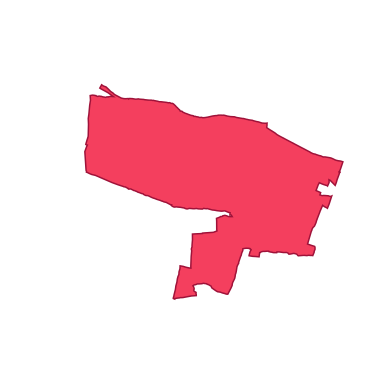 the district of Iana, Vaslui, Romania, rotated 300°
{"feature_id": "2599482B62853104405346", "entity_name": "Iana", "entity_type": "district", "adm_level": 2, "iso_a3": "ROU", "parent_name": "Romania", "parent_adm1": "Vaslui", "projection": "albers", "projection_center": [27.554, 46.405], "detail": "fine", "context": "isolated", "style": "filled", "palette": "rose", "viewbox_px": 384, "rotation_deg": 300, "n_neighbors": 0, "source": "geoboundaries", "source_scale": "gbopen_adm2", "svg_char_len": 6024}
<svg xmlns="http://www.w3.org/2000/svg" viewBox="0 0 384 384"><g transform="rotate(300 192 192)"><path d="M289.2,222.6L288.8,222.0L288.1,221.0L286.7,218.1L286.0,214.7L285.2,212.4L284.4,209.4L284.3,208.5L282.9,205.1L282.5,203.6L282.2,202.9L281.4,199.9L280.9,198.9L278.8,193.3L278.4,191.3L276.5,187.5L275.4,184.6L274.8,182.2L274.4,181.0L273.9,180.3L272.7,178.0L271.7,176.4L270.4,175.0L269.9,174.1L267.9,171.6L264.8,168.3L263.0,166.1L262.1,164.8L261.7,164.1L261.4,162.9L260.3,161.3L260.2,160.8L260.1,159.9L259.4,158.2L259.1,156.8L258.4,155.9L258.7,155.3L258.5,154.4L257.9,152.8L257.4,150.1L257.2,148.6L256.8,146.7L256.6,144.0L256.9,143.3L256.8,143.0L256.7,142.3L256.2,141.4L257.0,140.0L257.0,139.3L257.7,137.1L257.9,135.9L258.4,134.6L259.0,131.9L259.0,131.3L259.0,130.9L258.8,130.4L258.2,129.4L258.3,128.2L258.1,127.8L257.5,127.1L256.9,125.2L254.6,119.9L253.9,118.7L253.4,116.8L252.2,113.4L252.2,113.0L251.6,112.1L251.2,110.8L250.7,110.0L249.8,108.3L248.2,104.7L248.1,104.1L246.2,100.2L245.9,99.2L245.7,98.8L245.2,98.2L244.2,96.8L243.1,93.8L241.8,91.2L241.5,90.9L240.9,90.7L241.1,90.4L241.1,90.1L239.6,87.9L238.8,86.3L238.0,83.9L237.7,76.8L237.8,75.6L238.2,74.2L238.4,71.2L239.2,68.4L240.0,65.0L239.5,62.2L239.7,60.1L235.9,60.2L235.8,61.7L235.9,64.9L236.0,69.6L235.3,76.2L234.1,73.8L232.8,72.2L232.3,71.9L232.2,71.4L231.6,70.5L231.3,70.3L230.8,69.9L230.6,69.5L230.4,68.7L229.8,67.2L229.5,65.6L229.1,65.0L229.0,64.4L228.5,63.4L227.8,62.8L227.6,62.5L227.3,61.3L227.5,60.5L227.1,60.0L226.9,59.0L226.1,57.3L224.6,55.6L220.7,58.2L215.8,60.1L207.6,63.9L206.5,64.3L203.8,65.4L198.9,68.5L189.0,73.9L187.9,74.4L186.3,74.7L185.9,74.9L185.4,74.9L180.1,76.2L180.0,76.8L180.2,77.5L180.3,77.9L178.3,78.1L173.4,79.0L157.7,89.5L157.3,90.2L156.4,90.6L156.6,91.8L156.7,93.8L157.0,96.3L158.1,100.0L160.2,118.1L161.3,124.4L162.4,129.6L162.5,130.6L162.8,131.2L163.1,131.9L163.0,132.7L163.2,133.2L163.0,134.1L163.2,134.9L162.9,135.1L162.8,135.3L162.8,135.6L164.0,137.4L164.1,138.9L164.2,139.4L164.1,140.5L164.5,141.6L164.6,142.7L164.8,143.9L164.8,145.5L165.1,146.3L165.5,149.2L166.0,150.4L165.7,151.2L165.8,153.4L166.0,154.0L166.8,155.6L166.9,156.1L167.1,159.4L167.4,161.7L167.6,162.2L167.7,163.0L168.0,164.1L168.0,164.4L167.9,164.5L168.8,168.5L169.1,170.8L169.3,171.0L169.4,172.6L170.2,175.2L170.1,175.5L170.3,179.9L170.5,180.3L170.2,180.2L169.8,182.0L169.9,183.6L170.3,184.6L171.3,185.8L171.6,186.7L173.0,189.7L174.1,192.8L174.3,193.1L174.3,194.4L174.8,196.1L175.1,196.5L176.4,197.8L176.7,198.3L178.2,201.6L178.9,202.7L179.9,204.0L180.6,206.0L182.4,209.5L182.7,209.8L183.5,210.2L183.8,210.5L183.9,211.1L184.7,212.9L185.2,213.3L186.6,218.6L187.5,220.6L188.3,222.9L189.9,226.6L190.3,227.4L191.8,229.4L192.1,229.9L192.6,233.7L192.8,234.5L193.1,235.4L191.1,236.3L191.7,237.5L190.8,239.1L190.5,238.5L190.2,238.3L189.1,236.1L188.8,235.2L188.8,234.2L188.4,232.6L188.0,231.8L187.4,231.3L186.9,230.6L186.4,230.6L185.8,230.2L184.9,228.9L184.1,228.6L181.4,226.4L179.3,227.8L171.8,232.2L170.8,233.1L169.9,232.4L167.8,230.7L161.8,221.8L161.6,221.6L161.3,221.8L160.6,220.8L157.2,215.5L155.8,213.4L150.7,216.4L149.6,216.9L146.0,218.6L144.6,219.4L142.4,219.9L141.7,220.4L141.0,221.1L135.8,223.5L126.9,228.2L125.5,229.1L124.9,227.8L123.8,224.3L123.2,221.6L122.1,218.6L119.6,219.9L116.3,220.7L114.2,221.8L113.1,222.0L111.9,222.1L109.3,222.8L106.4,224.0L102.6,225.0L99.2,226.4L93.9,227.9L92.3,228.5L91.8,228.5L90.5,228.9L90.4,229.1L90.6,230.6L91.2,230.4L91.4,230.8L92.0,231.4L92.8,232.4L94.2,234.3L95.0,235.1L95.3,235.8L96.1,237.0L97.6,238.7L101.6,243.4L104.4,247.5L105.4,246.9L106.2,246.1L106.7,246.0L107.1,245.7L107.1,244.3L107.2,243.3L108.0,242.5L109.0,242.4L109.7,241.9L110.7,240.8L111.2,239.7L112.6,240.3L113.6,241.5L115.1,242.6L116.1,244.3L117.5,246.4L118.7,247.6L119.2,249.1L119.9,250.6L119.6,251.3L120.0,252.3L120.0,255.6L118.9,257.0L118.6,259.7L118.4,262.4L118.4,264.0L119.4,266.5L119.8,268.9L120.4,271.0L120.7,272.7L121.4,274.1L128.2,273.8L131.0,273.5L131.9,273.2L132.3,272.9L134.0,272.5L138.4,272.2L140.1,271.7L142.2,270.8L143.9,270.5L145.7,269.9L149.8,268.3L152.3,268.0L153.4,268.1L154.2,267.7L154.7,267.5L160.1,266.4L162.1,266.2L163.1,265.8L164.5,265.5L166.6,265.3L167.8,264.7L168.2,264.4L168.5,264.6L170.4,267.0L171.8,269.7L171.9,270.1L171.6,270.0L171.7,271.9L171.6,272.1L169.6,272.1L165.6,273.1L165.3,273.3L166.6,276.7L168.1,279.7L168.6,280.8L169.4,282.5L173.3,280.9L173.6,281.4L174.9,281.9L176.2,283.4L176.9,284.7L178.2,286.5L179.1,288.1L178.8,288.4L179.0,288.9L179.1,289.6L179.8,291.3L180.0,292.2L180.3,293.0L181.8,295.7L182.5,295.5L183.3,296.8L184.0,298.2L185.3,301.5L187.0,304.3L187.1,305.8L186.6,306.8L186.8,307.3L187.6,308.4L189.4,310.4L189.8,311.0L190.4,313.1L190.5,314.0L189.9,315.5L189.9,315.9L190.0,316.1L192.5,319.7L193.3,321.0L194.4,323.4L195.2,324.2L195.9,325.3L196.0,325.8L197.0,327.6L197.3,328.4L200.9,327.9L201.7,327.5L203.9,327.2L205.7,326.1L206.2,325.4L205.5,322.2L204.7,318.1L217.9,314.9L218.3,315.0L219.8,314.6L221.5,314.5L223.7,315.1L225.8,314.9L227.5,314.7L230.1,314.0L230.5,314.1L230.9,313.9L238.6,312.7L238.8,312.6L245.8,311.8L245.5,314.1L245.7,316.5L245.6,317.4L250.0,316.8L258.4,315.0L257.7,314.5L257.4,314.0L257.1,313.3L256.9,312.0L255.7,309.5L254.7,307.5L254.3,307.1L253.9,306.4L253.4,304.2L255.8,303.7L255.6,301.6L255.3,298.7L260.1,297.9L261.2,297.7L263.3,297.7L263.7,297.6L263.9,299.9L264.3,302.4L265.1,306.1L265.0,306.4L268.7,306.0L270.1,305.2L271.1,304.5L271.2,305.8L269.3,312.7L272.5,312.2L275.2,311.5L281.1,310.5L282.3,310.0L282.6,309.6L282.9,310.4L283.2,310.4L283.4,310.2L283.2,309.4L285.2,309.3L293.6,307.6L293.3,306.1L292.9,304.7L292.3,303.4L291.5,300.8L291.3,299.3L291.3,298.4L291.0,295.6L290.6,294.2L288.9,289.7L288.0,288.2L287.8,287.0L287.7,285.6L287.0,283.3L286.9,282.6L286.5,280.8L286.5,280.1L286.4,279.9L285.7,277.6L285.6,276.4L285.6,275.9L285.4,275.3L285.5,275.1L285.6,274.3L285.4,269.7L285.3,267.0L285.2,265.2L285.0,260.3L284.6,250.3L284.2,239.7L284.2,236.8L284.6,234.8L284.9,226.9L285.1,224.6L285.5,224.3L287.3,223.6L288.6,222.8L289.2,222.6Z" fill="#f43f5e" stroke="#9f1239" stroke-width="1.5"/></g></svg>